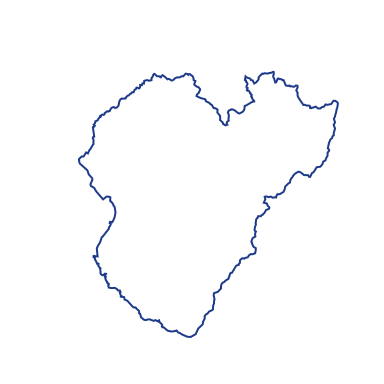 outline of Rong Kwang, Phrae, Thailand, rotated 18°
{"feature_id": "78962969B55827771181130", "entity_name": "Rong Kwang", "entity_type": "district", "adm_level": 2, "iso_a3": "THA", "parent_name": "Thailand", "parent_adm1": "Phrae", "projection": "natural_earth1", "projection_center": [100.384, 18.327], "detail": "fine", "context": "isolated", "style": "outline", "palette": "blue", "viewbox_px": 384, "rotation_deg": 18, "n_neighbors": 0, "source": "geoboundaries", "source_scale": "gbopen_adm2", "svg_char_len": 5947}
<svg xmlns="http://www.w3.org/2000/svg" viewBox="0 0 384 384"><g transform="rotate(18 192 192)"><path d="M215.4,331.1L218.7,329.6L220.2,328.5L222.0,329.8L223.9,329.9L227.4,330.7L232.5,331.1L235.6,330.2L239.4,326.1L240.2,319.8L243.1,314.5L242.6,312.0L243.2,308.3L242.4,306.2L243.2,304.0L244.3,302.9L245.2,300.4L247.7,298.1L248.2,297.2L247.2,293.5L247.4,291.3L246.6,288.8L246.7,287.4L244.4,283.2L244.2,281.4L247.4,279.0L249.4,274.7L248.6,272.6L248.7,269.8L249.4,268.6L250.4,267.7L251.5,265.5L253.5,263.5L253.3,261.9L253.7,260.9L253.4,260.1L253.6,257.3L255.0,256.4L256.7,248.7L257.5,247.8L258.9,247.0L258.7,246.1L259.5,244.5L258.7,242.4L259.1,241.3L260.5,239.3L262.4,239.2L263.2,238.1L264.9,237.1L265.4,236.4L265.6,235.0L266.9,233.0L268.8,232.5L271.0,230.7L270.5,227.0L269.9,225.6L267.6,225.2L265.2,222.8L264.9,221.8L264.0,221.3L263.7,220.0L264.0,217.0L266.0,214.8L264.8,212.0L265.0,209.9L264.2,209.8L263.3,209.0L262.7,206.1L262.8,203.0L262.0,201.7L262.1,200.8L261.5,198.7L261.9,196.8L262.4,196.3L262.4,194.6L265.0,193.7L265.3,192.6L266.4,191.6L266.6,190.6L267.3,189.7L268.0,186.3L270.4,184.2L270.5,183.2L269.9,182.4L268.2,181.7L266.7,179.8L263.6,180.0L264.0,176.2L262.6,174.1L264.0,173.2L266.5,173.2L268.3,172.0L270.6,172.5L272.3,171.4L273.7,171.2L273.5,169.7L273.9,167.7L276.1,167.0L279.0,163.6L279.3,160.5L279.0,158.9L279.2,157.6L281.0,154.1L282.2,152.8L281.9,150.3L282.1,148.6L282.8,147.3L283.1,145.5L284.2,142.9L286.7,140.0L287.5,139.6L289.8,139.9L293.3,141.3L297.3,140.1L298.7,141.4L299.7,141.1L300.3,136.8L301.6,135.4L302.9,129.9L306.2,128.3L307.4,125.5L307.4,122.5L309.2,120.6L309.1,118.6L309.7,115.6L308.8,112.6L309.7,110.3L309.2,109.4L307.7,108.5L307.1,103.0L307.4,99.4L308.6,97.3L308.4,95.7L309.3,94.0L308.6,92.4L308.4,87.4L306.0,84.4L306.5,81.6L304.3,78.5L304.7,76.2L304.4,73.9L304.5,72.2L304.2,70.9L304.3,69.9L303.9,68.5L304.1,66.8L303.4,62.7L302.6,61.8L300.0,61.0L298.5,61.5L298.0,62.3L297.6,64.3L297.1,65.4L293.7,67.3L291.9,67.5L291.2,70.0L289.3,71.2L288.2,72.9L286.1,73.6L283.3,72.6L279.4,75.5L278.5,75.7L278.2,75.5L278.0,74.1L277.1,73.6L274.0,74.4L272.3,74.2L271.0,74.8L264.6,69.8L262.9,68.1L262.1,66.4L261.9,65.1L259.8,63.2L260.1,59.5L259.4,58.3L257.9,58.6L256.8,60.2L255.8,60.6L254.1,60.6L252.9,61.2L251.9,60.6L250.8,61.4L248.3,61.7L244.5,57.3L243.5,57.7L242.2,57.1L240.3,57.6L239.2,57.3L238.4,57.8L238.3,60.8L237.8,62.0L237.4,62.2L234.9,58.6L233.8,57.6L233.3,56.3L233.4,54.5L232.5,52.6L231.9,52.7L230.6,54.1L228.6,55.0L227.6,55.9L224.2,56.7L223.2,57.7L222.3,57.6L220.0,62.0L220.1,63.2L220.5,63.7L220.3,65.1L219.1,68.0L217.6,69.6L215.2,67.1L213.5,67.3L212.4,66.2L208.8,66.2L207.2,65.5L207.7,69.1L208.9,69.3L209.2,70.4L210.0,70.6L211.4,72.0L211.2,74.9L211.7,75.9L212.8,76.0L212.7,78.3L213.4,78.6L214.5,78.1L215.5,78.6L216.7,80.1L217.3,80.0L218.0,81.2L218.9,81.4L218.9,83.1L219.9,83.4L220.3,84.4L221.6,85.5L222.9,86.1L223.2,86.7L222.2,87.1L221.0,88.1L217.0,92.7L215.5,93.9L216.1,95.9L216.1,98.4L215.4,100.1L212.9,102.7L211.5,102.7L207.5,101.2L205.1,100.9L203.7,101.3L203.3,102.1L202.1,102.8L201.6,104.1L201.6,105.5L202.9,106.7L203.8,109.2L204.0,111.1L204.9,112.8L203.8,114.2L203.6,115.9L204.8,117.1L203.2,118.3L200.4,117.6L199.9,116.5L196.3,114.8L196.2,113.3L195.0,110.8L191.5,108.5L190.8,105.7L188.4,105.1L186.7,105.5L183.9,103.0L182.2,102.8L181.3,102.0L177.0,101.3L176.2,99.8L175.8,99.7L171.2,100.0L166.7,99.4L166.5,98.2L167.8,95.5L168.1,92.0L167.8,91.6L165.7,90.3L163.9,90.3L161.4,89.4L160.8,88.7L161.0,85.5L159.0,85.1L158.0,82.9L156.7,81.6L155.2,81.3L153.7,80.5L152.8,80.7L152.3,81.8L151.1,81.2L149.4,81.4L147.9,84.7L146.7,84.9L144.3,87.1L142.2,87.7L140.8,89.0L139.4,91.5L138.2,92.3L135.4,91.6L134.5,91.8L133.8,92.4L131.1,91.0L128.0,90.0L127.1,91.1L127.0,92.5L126.7,92.7L125.2,92.1L122.8,92.7L120.1,91.3L119.5,91.3L119.0,92.3L118.8,95.2L118.3,96.1L118.9,98.2L116.6,99.5L114.8,99.4L112.2,101.0L112.8,103.7L111.3,104.0L111.4,105.9L109.6,106.2L110.2,108.7L109.9,109.6L109.6,109.9L107.8,109.6L106.9,110.0L106.9,111.3L105.8,112.7L105.7,115.2L104.1,115.7L103.8,117.0L102.8,117.8L102.1,119.6L101.0,120.3L100.0,122.3L99.9,123.6L98.7,123.9L97.8,124.6L96.4,124.7L95.3,126.1L94.9,128.3L95.4,132.5L94.6,134.7L92.6,135.9L91.4,135.4L90.0,136.2L89.1,137.7L88.7,140.5L87.9,140.8L87.5,141.4L86.3,141.5L84.6,144.0L84.8,144.6L84.5,145.6L83.9,146.0L82.9,146.0L82.3,146.6L81.7,147.5L81.9,148.1L81.1,148.3L81.5,149.1L81.2,149.2L80.2,151.7L80.1,153.1L78.3,154.6L78.4,156.9L77.7,158.4L79.1,159.1L78.8,160.0L78.4,160.0L77.7,161.0L81.9,169.6L81.0,170.3L81.0,171.6L82.4,173.0L82.9,175.4L83.5,176.8L83.2,177.4L82.1,182.5L81.4,184.2L81.1,187.5L79.1,187.1L77.9,191.8L76.1,192.3L74.3,195.7L75.7,198.6L76.7,199.7L85.8,203.7L88.3,207.1L92.9,209.8L93.5,211.3L93.0,216.0L94.0,217.5L97.7,218.3L100.4,220.8L109.7,226.5L112.2,222.7L115.0,222.1L116.0,222.3L116.9,225.7L117.5,226.2L118.2,226.1L120.8,228.0L121.3,228.9L123.1,230.2L125.6,235.1L126.2,240.1L125.8,244.3L125.3,245.6L123.5,245.5L123.2,246.1L123.3,247.0L124.4,247.1L124.7,247.9L124.6,249.6L123.9,251.3L124.3,252.6L120.9,261.8L120.2,262.8L120.1,268.8L119.5,270.7L118.8,274.8L122.1,282.5L118.2,283.2L118.4,284.3L120.1,284.8L120.4,286.0L122.0,287.3L123.8,289.5L124.5,289.0L125.3,289.1L125.6,291.1L126.5,291.5L127.7,292.8L128.5,292.8L128.6,294.0L129.6,295.8L130.1,297.6L130.7,298.2L132.0,298.8L133.1,298.7L134.4,296.6L135.5,296.4L135.2,299.0L135.8,300.0L136.3,299.8L136.4,301.2L137.7,302.8L139.0,303.6L139.3,304.5L141.1,304.9L141.5,305.7L141.0,306.5L142.4,308.6L145.0,308.3L148.4,307.0L151.0,307.7L151.9,308.5L153.9,308.0L154.9,309.2L154.4,309.6L154.5,310.2L156.4,312.5L156.6,313.5L157.2,313.6L158.2,312.9L158.8,313.2L160.0,313.0L161.1,315.1L164.1,315.4L171.3,319.6L172.1,319.8L174.1,319.2L174.8,319.9L178.4,321.5L179.2,323.7L180.2,323.8L182.4,327.0L185.7,328.3L187.6,328.2L188.7,327.2L191.0,326.2L195.4,326.4L196.7,325.2L199.9,325.6L200.0,324.5L200.4,324.2L201.2,325.7L204.5,327.3L204.9,328.1L204.8,329.1L205.6,329.8L206.7,329.4L211.7,331.4L215.4,331.1Z" fill="none" stroke="#1e3a8a" stroke-width="2"/></g></svg>